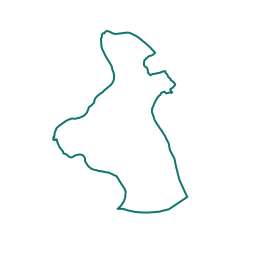 Xamneua, Houaphan, Laos (orthographic projection), rotated 233°
{"feature_id": "54806243B30579322269888", "entity_name": "Xamneua", "entity_type": "district", "adm_level": 2, "iso_a3": "LAO", "parent_name": "Laos", "parent_adm1": "Houaphan", "projection": "orthographic", "projection_center": [104.067, 20.373], "detail": "fine", "context": "isolated", "style": "outline", "palette": "teal", "viewbox_px": 256, "rotation_deg": 233, "n_neighbors": 0, "source": "geoboundaries", "source_scale": "gbopen_adm2", "svg_char_len": 5614}
<svg xmlns="http://www.w3.org/2000/svg" viewBox="0 0 256 256"><g transform="rotate(233 128 128)"><path d="M69.6,71.5L69.4,71.7L69.1,71.8L68.8,72.0L68.6,72.4L68.4,72.9L68.2,73.2L68.0,73.3L67.9,73.4L67.7,73.9L67.2,74.4L67.0,74.7L66.7,74.9L66.5,75.3L66.3,75.4L66.1,75.6L65.9,75.7L65.5,75.8L65.3,76.1L65.1,76.4L62.6,78.0L56.5,83.4L52.3,88.1L48.4,93.1L45.7,97.3L42.4,102.5L38.5,111.8L37.5,128.9L37.3,133.8L44.6,135.4L55.7,137.9L66.1,142.2L75.6,146.6L85.1,148.2L86.2,148.7L87.4,149.3L88.6,149.9L89.7,150.5L90.2,150.7L90.7,151.0L91.6,151.3L92.0,151.4L93.0,151.5L93.7,151.6L94.9,151.9L96.2,152.0L97.7,152.4L98.8,152.7L99.6,152.8L100.9,152.8L103.1,153.0L104.0,153.1L105.0,153.3L106.1,153.3L107.3,153.3L109.4,153.3L110.7,153.5L111.8,153.5L112.7,153.5L115.0,153.7L115.8,153.8L116.7,153.9L117.6,154.0L118.6,154.1L119.5,154.4L120.8,155.0L121.7,155.3L122.4,155.5L124.2,156.1L125.3,156.4L126.2,156.7L127.1,157.2L127.8,157.9L128.2,158.3L128.7,158.8L129.2,159.2L129.7,160.3L130.8,162.3L131.3,163.0L131.7,163.7L132.1,164.3L133.5,167.3L134.5,169.8L135.0,171.3L135.0,173.8L135.6,174.7L136.0,175.9L135.6,177.1L135.1,178.9L132.5,179.5L132.0,180.8L131.7,181.8L131.3,182.5L129.9,183.9L129.8,184.5L130.7,184.8L131.6,184.5L133.4,185.0L133.5,186.0L133.3,187.7L133.8,190.8L134.1,191.7L135.1,192.1L137.1,192.0L140.7,191.0L141.5,191.5L144.8,190.9L146.7,191.5L149.4,191.2L150.8,191.9L151.6,191.0L152.4,188.9L152.9,186.9L154.1,184.4L155.3,181.7L156.2,180.5L156.5,177.9L157.9,177.4L159.5,177.2L160.8,177.5L162.1,178.6L165.0,179.4L166.0,178.8L167.6,178.4L168.9,178.8L170.1,179.7L172.0,181.5L172.3,183.1L172.6,185.0L172.8,188.0L172.2,189.3L171.7,190.5L171.4,193.1L171.9,194.9L172.2,194.8L172.7,194.9L173.5,194.8L174.0,194.8L174.6,194.7L175.1,194.6L175.6,194.5L176.2,194.5L178.3,194.3L179.5,194.1L182.4,193.6L183.7,193.3L185.1,193.0L186.1,192.8L187.1,192.5L188.1,192.2L189.6,191.9L190.9,191.6L191.9,191.3L192.4,191.2L193.9,190.8L194.7,190.5L195.9,190.1L196.9,189.7L197.5,189.4L198.6,188.8L200.0,188.2L201.0,187.7L202.1,187.0L202.9,186.6L203.5,186.1L204.2,185.3L204.7,184.7L205.8,182.9L206.1,182.5L206.5,181.8L207.2,180.5L207.6,179.7L208.3,178.6L208.8,177.8L209.3,176.8L209.7,176.1L210.3,175.1L211.0,174.3L211.6,173.6L212.3,173.2L213.2,172.5L214.3,172.1L215.4,171.5L215.9,171.2L216.8,170.7L217.5,170.1L218.1,169.5L218.4,169.1L218.4,168.6L218.5,168.3L218.4,167.6L218.0,166.4L217.9,166.1L218.3,165.7L218.6,165.2L218.7,164.7L218.6,164.3L218.3,163.9L218.3,163.7L218.3,163.3L217.7,163.0L217.1,162.4L216.3,161.8L216.2,161.5L216.2,161.3L216.1,161.0L215.8,160.6L215.3,160.0L214.8,159.6L214.3,159.3L213.5,158.8L212.5,158.1L211.7,157.5L210.5,156.8L209.9,156.4L209.4,156.1L208.9,155.8L208.6,155.6L207.9,155.4L207.2,155.1L206.6,155.0L205.6,154.7L204.5,154.5L204.2,154.4L203.4,154.3L202.8,154.2L201.5,153.9L200.8,153.7L199.8,153.5L198.9,153.4L198.0,153.3L196.9,153.1L195.5,153.0L194.4,152.9L193.2,152.8L192.1,152.7L191.3,152.7L190.7,152.6L190.1,152.6L189.2,152.4L188.4,152.3L187.3,152.1L186.3,151.7L185.5,151.4L184.4,150.8L183.7,150.5L181.9,150.1L180.5,149.6L179.5,149.1L178.6,148.7L178.2,148.4L177.8,148.0L177.3,147.7L176.8,147.3L176.4,147.0L175.9,146.6L175.6,146.2L175.3,145.9L175.0,145.6L174.8,145.2L174.6,145.0L174.4,144.7L173.3,142.4L173.2,142.0L172.9,141.0L172.8,140.1L172.5,138.3L172.6,137.3L172.6,136.4L172.5,135.8L172.4,134.7L172.4,132.2L172.3,131.3L172.0,130.4L171.9,128.8L171.9,127.8L172.2,125.8L172.0,125.0L172.0,124.2L172.0,123.1L171.9,122.0L171.6,120.8L171.5,120.2L171.2,119.5L170.8,118.7L170.6,118.4L170.3,117.8L169.8,117.3L169.2,116.9L168.8,115.9L168.5,115.6L168.4,114.4L168.3,113.4L168.1,112.6L168.1,111.8L168.1,111.2L168.2,110.4L168.2,109.7L167.8,108.9L167.1,107.8L166.6,107.2L166.2,106.5L165.8,105.6L165.2,104.7L164.8,103.6L164.7,102.7L164.4,100.8L164.5,100.0L164.6,99.4L164.7,98.2L165.0,96.9L165.3,95.8L165.6,94.9L166.0,94.1L166.4,93.1L166.9,92.0L167.5,91.0L168.3,90.0L169.3,89.0L169.4,88.8L169.8,87.6L170.2,86.3L170.6,85.1L170.8,83.7L171.0,82.2L171.0,81.0L171.1,78.5L171.1,77.4L171.1,76.5L171.2,75.6L171.2,74.4L171.1,73.3L171.0,72.1L170.8,70.6L169.6,69.0L169.3,68.1L168.3,66.6L167.6,65.9L167.1,65.4L166.5,65.0L166.0,64.3L165.9,64.0L165.9,63.8L165.7,63.8L165.4,63.8L165.3,63.7L165.2,63.6L165.1,63.3L165.0,63.2L165.0,62.9L165.1,62.6L165.1,62.4L164.9,62.3L164.7,62.1L164.1,61.7L163.8,61.5L163.6,61.4L163.4,61.5L163.1,61.8L162.9,61.8L162.6,61.8L162.5,62.0L162.7,62.3L162.6,62.5L162.4,62.7L162.4,62.8L162.5,63.1L162.4,63.3L162.3,63.5L162.1,63.7L162.0,63.9L161.9,64.0L161.7,63.9L161.4,63.8L161.1,63.9L161.0,64.0L160.8,63.9L160.6,63.8L160.5,63.6L160.4,63.5L160.2,63.5L159.8,63.4L159.6,63.3L159.4,63.2L159.1,63.1L158.9,63.1L158.7,62.9L158.2,62.7L156.0,62.3L153.9,61.8L151.5,61.8L150.4,61.8L149.0,62.0L147.9,61.8L147.4,61.5L146.8,61.1L145.8,61.8L144.2,62.8L142.8,63.2L141.4,63.5L140.1,63.8L139.1,64.5L138.9,64.6L138.7,64.9L138.5,65.3L138.2,66.4L138.0,67.2L138.1,67.8L138.0,68.7L137.9,69.2L137.6,70.1L136.8,71.9L136.4,72.6L135.9,73.3L135.4,74.0L135.0,74.4L134.4,75.0L133.6,75.4L133.1,75.6L132.4,75.6L131.7,75.6L130.8,75.6L130.2,75.5L129.7,75.4L129.2,75.1L128.7,74.7L127.9,74.1L127.6,73.9L127.1,73.8L126.8,73.7L126.0,73.6L125.4,73.5L124.8,73.5L123.7,73.5L123.2,73.4L122.0,73.3L120.6,73.4L119.5,73.7L118.8,73.9L117.5,74.3L117.1,74.5L116.5,74.8L116.1,75.1L115.6,75.5L114.9,76.0L114.4,76.4L113.7,77.0L113.1,77.6L112.7,77.9L112.2,78.1L111.7,78.4L111.3,78.8L109.8,80.4L108.1,81.9L107.8,82.2L106.7,83.1L105.7,84.0L105.1,84.7L104.4,85.4L103.7,85.9L102.6,86.5L101.5,87.2L100.8,87.6L100.1,87.8L99.6,88.1L98.7,88.5L97.5,89.2L96.6,89.9L87.9,89.1L81.5,88.7L78.5,87.8L74.5,84.2L72.0,80.8L70.3,76.1L69.6,71.5Z" fill="none" stroke="#0f766e" stroke-width="2"/></g></svg>